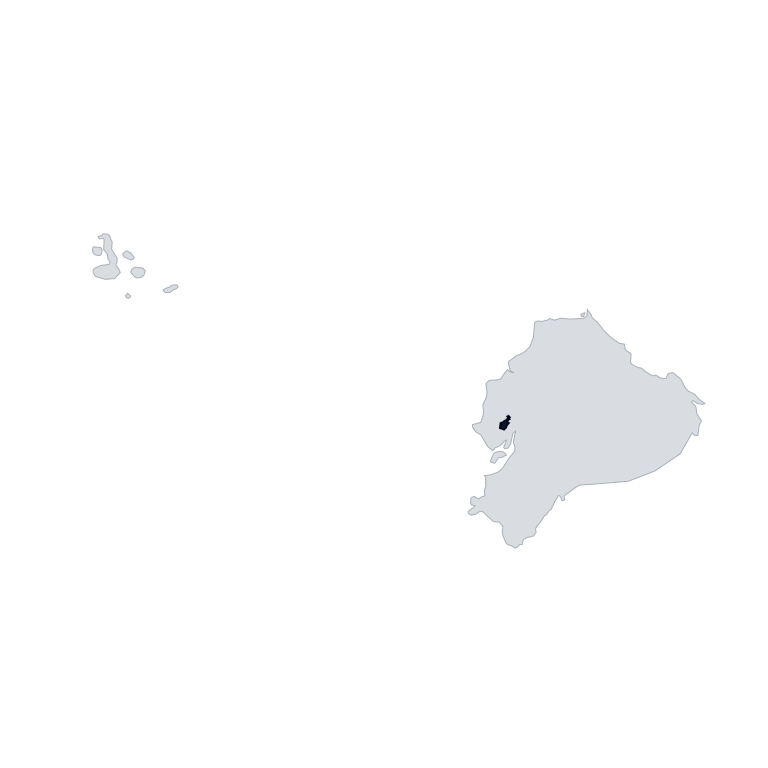 Isidro Ayora, Guayas, Ecuador shown in context, rotated 15°
{"feature_id": "8360857B10119074569782", "entity_name": "Isidro Ayora", "entity_type": "district", "adm_level": 2, "iso_a3": "ECU", "parent_name": "Ecuador", "parent_adm1": "Guayas", "projection": "mercator", "projection_center": [-80.16, -1.923], "detail": "fine", "context": "in_parent", "style": "filled", "palette": "ink", "viewbox_px": 768, "rotation_deg": 15, "n_neighbors": 0, "source": "geoboundaries", "source_scale": "gbopen_adm2", "svg_char_len": 6209}
<svg xmlns="http://www.w3.org/2000/svg" viewBox="0 0 768 768"><g transform="rotate(15 384 384)"><path d="M699.1,319.8L697.0,321.2L691.8,321.7L687.6,320.4L686.0,320.4L685.7,321.8L691.2,325.3L693.7,331.5L697.6,335.2L700.0,337.1L700.1,338.4L699.4,340.9L699.2,343.0L700.5,352.4L699.6,353.0L696.7,353.0L694.4,351.3L688.1,374.8L668.1,398.0L645.3,414.6L619.1,424.1L599.7,430.8L596.7,433.3L587.3,445.0L586.9,446.2L588.1,448.2L588.2,449.5L586.8,450.3L585.6,450.4L585.1,449.7L584.7,448.3L583.4,446.9L581.9,446.5L581.0,446.8L581.0,448.2L579.0,454.5L578.9,457.5L578.1,458.8L578.2,461.5L576.2,464.1L574.7,468.3L573.1,469.6L571.1,476.2L568.1,482.8L567.9,485.0L568.8,486.6L569.2,487.9L567.9,491.9L561.1,495.9L559.3,497.8L558.6,500.0L559.1,501.8L558.9,503.4L556.7,503.9L554.5,507.7L552.8,508.5L548.6,507.2L545.4,507.2L543.0,506.1L538.2,499.8L536.4,496.1L535.9,491.0L531.1,487.7L525.0,488.6L523.2,487.4L518.6,485.2L514.7,482.8L511.8,481.6L509.6,482.2L505.9,486.3L502.4,488.1L500.8,488.0L498.7,486.8L498.3,485.4L503.6,478.2L499.7,478.1L498.3,476.5L498.2,474.8L497.5,472.8L498.3,470.5L500.3,469.3L503.4,470.3L505.5,470.3L506.9,468.2L509.7,466.5L510.3,465.4L508.8,461.9L508.4,460.0L508.8,459.0L508.7,455.2L507.8,453.8L507.7,451.7L507.0,450.5L506.6,447.9L504.7,446.5L511.0,444.0L513.3,442.1L516.2,440.3L518.6,437.6L520.2,435.0L524.0,422.9L527.6,415.2L527.0,411.6L524.0,406.6L523.4,399.3L523.6,397.1L523.3,395.5L521.3,398.5L521.8,409.2L520.1,414.0L517.6,415.2L516.0,414.4L516.9,406.5L515.1,408.0L512.3,413.3L507.6,417.2L507.3,418.5L506.2,420.2L502.6,418.7L499.8,417.0L490.8,408.2L484.8,406.3L481.2,403.3L480.5,402.0L480.0,400.2L483.7,398.3L487.5,395.8L487.8,390.3L487.7,386.0L485.0,378.7L486.3,369.1L485.6,365.3L482.4,357.3L484.7,353.3L493.1,350.4L495.8,348.4L497.7,342.1L499.6,338.3L503.4,339.8L506.3,339.6L502.3,338.2L499.1,332.5L498.6,329.9L504.8,322.1L508.0,320.0L512.0,315.9L515.4,309.7L516.2,299.9L514.8,292.8L513.8,285.4L515.8,283.5L520.9,282.5L525.1,280.1L527.2,277.9L532.1,278.2L537.8,274.8L546.9,273.1L559.6,269.1L562.4,265.7L561.2,259.5L565.9,263.2L568.1,266.2L574.6,269.4L582.3,275.3L587.4,278.3L592.9,281.0L600.9,283.8L605.8,283.3L607.9,287.8L609.7,289.1L614.4,290.6L614.9,291.1L616.6,299.3L617.7,300.5L621.7,301.8L626.6,302.3L628.5,302.0L632.9,304.2L639.5,306.1L641.9,306.4L643.0,306.0L643.4,305.2L645.4,305.3L648.3,306.4L652.4,306.6L655.0,305.6L655.6,301.1L656.6,300.1L659.5,298.4L661.1,298.7L668.9,302.3L670.5,303.6L672.5,306.1L676.2,309.9L680.1,312.2L686.3,313.3L692.2,317.2L699.1,319.8ZM82.3,314.7L84.7,317.2L86.0,324.3L93.7,331.8L94.7,335.9L94.0,337.9L94.3,338.6L98.1,341.6L100.5,344.7L96.4,352.0L87.7,355.0L78.4,354.9L76.6,354.1L74.1,351.4L73.6,348.9L75.1,346.5L79.9,342.9L87.2,339.7L88.1,337.2L85.2,334.9L83.1,330.1L78.5,326.8L76.2,316.6L74.7,316.1L71.5,317.5L70.0,316.2L69.7,315.6L73.1,313.3L73.8,311.6L78.8,310.8L81.0,312.2L82.3,314.7ZM118.4,345.4L116.4,345.5L110.4,341.8L110.8,338.1L113.2,335.6L120.9,334.4L124.2,336.7L123.9,341.1L121.3,344.3L119.2,344.9L118.4,345.4ZM512.1,430.4L511.4,431.9L507.7,431.8L506.7,431.3L507.6,424.2L508.6,421.9L511.6,419.8L514.1,418.7L517.3,418.9L520.7,420.9L516.7,424.5L513.6,425.5L512.1,430.4ZM76.3,333.5L72.4,334.1L69.2,332.8L67.8,330.8L67.5,327.7L67.8,326.7L75.0,325.5L77.3,328.1L77.3,331.9L76.3,333.5ZM153.8,350.8L149.2,352.4L146.7,350.9L146.4,350.0L149.0,347.6L151.4,346.3L153.6,343.5L157.6,341.9L158.8,342.3L159.6,342.9L159.9,343.8L158.5,346.0L156.1,347.6L153.8,350.8ZM109.2,328.6L107.4,329.7L100.1,328.4L97.9,326.1L99.7,323.1L101.2,321.9L105.6,323.0L110.0,326.4L109.2,328.6ZM115.0,367.4L113.4,367.5L111.3,365.8L112.9,362.8L116.0,364.4L116.7,365.5L115.0,367.4ZM559.3,267.3L557.1,267.6L556.1,265.8L558.7,263.6L559.6,263.2L559.3,267.3Z" fill="#d9dde1" stroke="#a8b0b8" stroke-width="1"/><path d="M513.3,394.8L513.3,394.7L513.5,394.4L513.5,394.0L513.3,393.7L513.1,393.6L512.8,393.6L512.8,393.1L512.9,392.7L513.0,392.7L513.3,392.5L513.5,392.5L513.6,392.4L513.7,392.1L513.7,391.8L513.8,391.6L514.0,391.2L514.2,390.9L514.3,390.7L514.4,390.3L514.9,389.3L514.7,389.3L514.4,389.4L514.2,389.4L514.0,389.2L513.9,389.2L513.7,389.2L513.5,388.9L513.2,388.9L512.9,388.8L512.8,388.7L512.7,388.6L512.7,388.4L512.6,388.0L512.4,387.8L512.4,387.7L512.5,387.6L512.8,387.6L512.9,387.4L513.0,387.4L512.9,387.2L513.0,387.1L513.3,386.9L513.5,386.5L513.7,386.4L513.8,386.3L513.7,386.3L513.7,386.2L513.8,386.0L513.9,385.9L514.0,385.8L513.9,385.8L513.9,385.7L513.6,385.4L513.7,385.0L513.8,384.8L514.1,384.7L514.3,384.5L514.3,384.4L514.2,384.3L514.2,384.2L514.3,383.8L514.4,383.7L514.2,383.4L513.9,383.3L513.8,383.2L513.7,383.2L513.5,382.9L513.4,382.7L512.9,382.7L512.7,382.8L512.5,383.0L512.4,383.0L512.3,382.9L512.3,383.0L512.1,383.0L511.8,383.1L511.7,383.2L511.7,383.3L511.3,383.5L511.5,383.7L511.7,383.8L511.8,383.8L511.7,383.8L511.8,383.9L511.7,383.9L511.8,384.0L512.0,384.1L512.2,384.3L512.1,384.5L512.2,384.8L512.3,384.9L512.5,384.8L512.5,385.1L512.0,386.1L511.6,386.4L511.4,386.4L511.4,386.5L511.5,386.6L511.6,386.8L511.3,387.1L511.4,387.3L511.5,387.4L511.5,387.5L511.4,387.6L511.4,387.8L511.2,387.8L511.1,387.7L511.0,387.8L510.9,387.7L510.7,387.8L510.4,387.9L510.3,388.0L510.2,388.0L509.9,388.2L509.8,388.3L509.8,388.5L509.7,388.5L509.5,388.8L509.4,388.9L509.3,389.0L509.3,389.3L509.1,389.5L508.9,389.7L508.9,389.8L508.7,389.9L508.7,390.0L508.5,390.3L508.4,390.3L508.2,390.5L507.9,390.8L507.1,390.9L507.1,391.0L507.3,391.2L507.3,391.3L507.1,391.3L507.1,391.5L507.3,391.7L507.3,391.8L507.2,391.8L507.3,391.9L507.2,392.0L507.3,392.0L507.3,392.3L507.2,392.6L507.3,392.7L507.3,392.8L507.2,392.9L507.3,393.0L507.2,393.0L507.3,393.1L507.2,393.1L507.3,393.2L507.2,393.2L507.2,393.3L507.2,393.5L507.3,393.7L507.3,393.8L507.4,394.0L507.2,394.2L507.3,394.3L507.2,394.3L507.3,394.4L507.3,394.5L507.2,394.6L507.2,394.8L507.3,394.9L507.3,395.1L507.2,395.1L507.2,395.3L507.0,395.6L507.0,395.8L507.0,396.0L507.1,396.3L507.1,396.5L507.3,396.6L507.4,396.8L507.8,396.9L508.2,396.9L508.3,396.9L508.6,396.9L508.8,396.9L509.1,396.8L509.3,396.7L509.5,396.8L509.9,396.8L510.5,396.9L510.8,396.9L511.2,397.0L511.3,396.9L511.6,397.1L511.8,397.2L512.1,396.7L512.3,396.4L512.4,396.2L512.4,395.9L512.5,395.6L512.6,395.4L512.8,395.2L513.1,395.0L513.3,394.8Z" fill="#0f172a" stroke="#020617" stroke-width="1.5"/></g></svg>